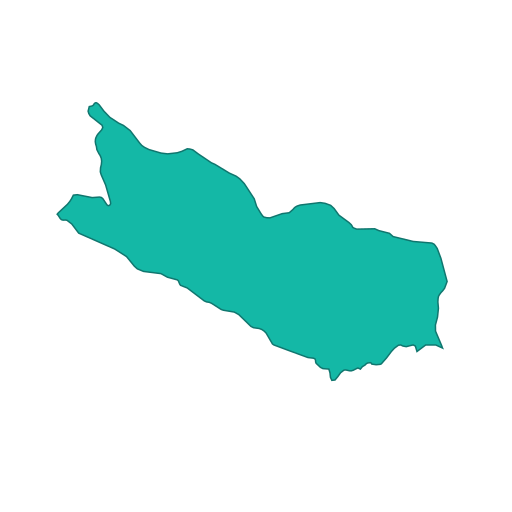 SVG path tracing the border of Kärnten, rotated 19°
{"feature_id": "AUT-2325", "entity_name": "Kärnten", "entity_type": "State", "adm_level": 1, "iso_a3": "AUT", "parent_name": "Austria", "parent_adm1": "", "projection": "orthographic", "projection_center": [13.787, 46.758], "detail": "fine", "context": "isolated", "style": "filled", "palette": "teal", "viewbox_px": 512, "rotation_deg": 19, "n_neighbors": 0, "source": "natural_earth", "source_scale": "10m", "svg_char_len": 2758}
<svg xmlns="http://www.w3.org/2000/svg" viewBox="0 0 512 512"><g transform="rotate(19 256 256)"><path d="M60.2,285.0L58.7,284.3L55.7,281.9L54.4,281.3L54.4,281.2L55.1,279.4L60.9,268.5L62.2,265.0L62.9,262.1L63.5,257.9L67.1,256.2L82.1,254.1L88.9,251.2L90.8,251.0L92.6,251.7L98.5,256.2L99.8,256.5L100.4,256.3L100.9,255.8L101.3,255.2L101.4,254.7L101.5,253.8L100.6,251.9L90.7,237.8L83.1,229.5L81.4,227.1L80.3,223.2L80.0,219.9L79.2,216.6L77.9,214.0L75.9,211.7L74.2,210.4L70.9,207.2L69.5,204.5L67.9,202.3L66.8,200.2L66.2,197.8L66.1,196.6L66.2,195.6L66.4,193.8L66.9,192.0L69.0,187.0L69.3,184.4L67.9,182.5L53.6,177.5L51.5,175.7L50.1,173.7L49.7,169.0L51.9,167.7L52.5,167.1L53.1,166.3L53.3,165.6L53.4,164.8L53.7,164.2L54.2,163.5L55.0,163.1L56.5,163.3L58.6,164.2L65.1,168.6L72.7,172.5L82.9,175.1L88.2,175.7L96.2,178.4L109.4,187.2L112.1,188.7L115.3,189.6L120.2,190.2L132.7,189.6L139.2,188.2L148.0,184.0L151.9,181.1L156.1,177.0L158.6,176.4L161.7,176.2L168.2,178.3L183.5,182.4L187.2,182.7L203.8,186.3L211.2,187.0L215.5,188.3L221.4,191.4L235.7,202.5L240.5,209.0L246.9,214.3L249.3,216.0L250.8,216.6L253.8,216.3L256.8,215.4L267.0,207.4L273.3,204.3L275.8,200.0L276.5,198.2L277.2,197.0L278.6,195.4L281.2,193.4L299.3,184.6L304.2,183.7L310.1,183.8L314.4,185.7L321.1,190.4L333.0,194.1L335.9,195.4L337.6,196.8L338.0,197.4L339.5,197.7L342.5,197.8L359.4,191.6L363.9,192.0L374.8,191.1L379.3,193.0L399.8,191.1L418.1,186.5L420.7,186.9L422.4,188.0L424.9,189.9L431.6,198.0L445.0,217.9L444.8,225.2L443.8,228.2L442.8,230.4L441.9,233.4L441.7,234.8L442.0,236.9L442.9,240.2L445.5,246.0L447.5,254.6L448.1,262.8L450.2,268.6L460.8,280.4L462.2,282.2L462.3,282.3L458.9,282.0L455.0,281.6L445.4,284.9L439.3,293.9L436.0,289.3L433.6,288.9L431.2,290.4L427.6,292.8L427.0,292.9L424.1,293.3L421.8,293.0L419.7,294.0L416.9,298.1L415.1,302.2L413.8,306.2L412.6,309.9L410.9,314.0L409.6,317.2L408.7,318.0L405.0,319.7L400.7,320.5L399.2,319.5L396.4,320.8L395.4,321.9L394.6,323.6L392.6,326.0L391.5,329.0L390.2,328.8L389.2,328.7L388.5,328.9L385.1,332.4L383.4,333.6L381.7,334.1L378.1,334.5L376.4,335.2L374.0,338.8L372.6,343.5L371.8,345.6L371.1,347.5L368.2,348.9L365.9,346.5L364.0,342.4L361.7,339.2L355.9,340.7L353.1,340.3L350.7,339.2L347.8,337.9L346.9,336.8L346.3,335.4L345.5,334.2L343.7,333.9L338.1,335.1L317.9,334.7L302.4,334.3L302.0,334.3L300.2,333.8L290.7,325.6L288.3,324.4L285.5,323.6L282.6,323.5L279.6,324.1L276.9,324.6L274.1,324.2L258.8,317.0L253.7,316.1L242.8,317.9L240.5,317.9L229.4,315.2L226.9,315.0L224.2,315.5L221.7,315.3L201.4,308.6L194.2,308.3L193.0,307.4L190.6,304.7L189.4,304.2L179.2,304.9L171.9,303.6L154.7,307.2L148.0,306.8L144.4,305.3L133.8,298.7L120.1,295.4L80.9,292.1L71.4,285.7L67.2,284.3L65.8,283.8L64.5,283.9L61.8,284.9L60.2,285.0Z" fill="#14b8a6" stroke="#0f766e" stroke-width="1.5"/></g></svg>